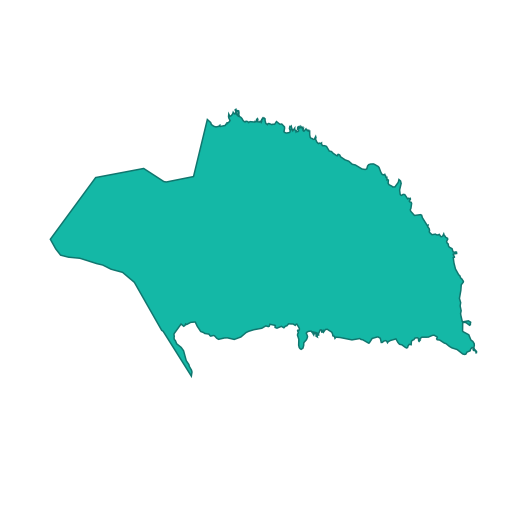 Djando, Moûhîlî, Comoros, rotated 346°
{"feature_id": "10938185B42418571168375", "entity_name": "Djando", "entity_type": "district", "adm_level": 2, "iso_a3": "COM", "parent_name": "Comoros", "parent_adm1": "Moûhîlî", "projection": "equal_earth", "projection_center": [43.833, -12.356], "detail": "fine", "context": "isolated", "style": "filled", "palette": "teal", "viewbox_px": 512, "rotation_deg": 346, "n_neighbors": 0, "source": "geoboundaries", "source_scale": "gbopen_adm2", "svg_char_len": 6165}
<svg xmlns="http://www.w3.org/2000/svg" viewBox="0 0 512 512"><g transform="rotate(346 256 256)"><path d="M164.2,356.9L165.8,353.1L165.8,351.2L164.6,347.1L164.6,345.1L163.0,340.7L162.8,330.4L161.3,326.6L157.8,322.0L157.3,318.6L156.6,317.3L156.6,315.8L157.3,314.0L157.3,312.6L157.8,311.5L166.8,303.9L168.9,306.7L170.4,306.1L171.3,304.9L172.1,305.7L176.6,304.6L180.4,305.2L181.1,305.5L182.0,310.0L184.1,315.9L186.6,317.6L187.4,318.7L191.4,320.4L192.1,322.2L192.7,322.8L195.4,322.8L196.4,323.3L198.0,326.3L199.5,327.8L205.7,327.9L208.5,328.5L214.7,331.7L221.8,330.9L227.8,327.9L230.6,327.3L236.1,327.0L244.2,327.5L248.6,326.2L250.9,327.5L251.9,327.3L253.0,325.6L257.7,327.9L257.9,328.3L257.2,329.6L257.3,330.0L258.9,331.1L263.6,330.4L265.7,332.4L267.5,331.2L269.0,331.2L271.2,329.7L275.6,331.0L277.3,332.8L278.2,332.0L279.1,331.9L280.4,336.0L280.5,337.4L279.6,338.6L278.7,338.1L278.3,338.5L278.5,340.8L277.5,341.8L277.1,342.9L277.4,347.2L275.8,352.9L275.8,355.3L276.3,356.5L277.2,357.5L279.2,356.8L280.6,354.4L281.4,351.7L284.7,349.4L285.9,347.8L286.5,346.7L286.5,345.8L286.1,343.0L287.3,342.1L288.9,341.8L291.3,342.2L292.0,343.8L292.5,343.3L293.0,343.7L292.6,345.6L292.9,346.5L294.0,344.3L294.3,345.3L295.1,344.8L295.3,347.0L294.9,348.3L295.9,349.3L295.9,346.5L296.4,345.3L296.9,345.8L297.3,347.8L297.7,347.8L297.7,346.1L298.2,346.1L300.3,343.4L301.1,343.3L301.6,343.7L301.4,345.8L301.8,345.9L303.0,344.6L303.1,346.2L305.6,344.1L307.4,344.3L311.1,348.3L311.4,350.3L311.3,352.1L312.6,352.9L312.7,355.0L313.9,354.1L317.8,355.4L328.8,360.6L336.7,361.2L337.7,362.4L339.3,363.1L344.2,367.8L344.8,367.8L348.8,364.1L354.0,363.9L354.9,364.1L356.7,365.9L356.6,370.2L357.5,370.4L359.8,369.4L361.3,369.5L362.2,370.2L362.6,372.0L363.6,371.1L366.0,370.5L371.7,370.3L372.8,374.2L373.6,375.9L374.1,376.5L376.0,377.4L378.8,380.8L379.9,381.7L380.9,381.5L381.9,379.9L383.3,378.8L385.1,379.6L386.1,376.5L387.3,375.6L388.9,375.4L390.4,374.1L392.7,374.3L393.3,374.8L393.6,375.5L393.3,377.7L393.6,378.3L395.1,377.2L394.6,376.6L394.7,376.1L397.3,374.9L403.5,376.4L407.9,375.7L409.6,375.9L412.1,378.2L412.2,378.9L411.2,380.1L411.6,381.1L413.9,382.0L417.6,386.0L419.2,387.0L421.7,390.4L423.8,392.5L428.5,395.4L432.9,401.1L434.6,402.0L435.8,402.0L437.5,400.3L440.8,399.8L441.7,398.3L443.5,397.1L444.6,398.1L444.0,399.3L444.2,400.2L445.7,400.9L446.2,402.1L446.1,403.2L446.5,403.2L446.9,402.0L445.3,399.1L445.3,397.4L446.2,395.6L446.5,393.8L445.7,391.3L444.2,389.5L443.4,383.9L438.6,379.5L438.3,378.7L440.4,370.8L441.9,370.7L443.7,371.5L446.5,374.9L447.4,374.5L447.5,373.4L448.1,372.8L448.2,372.1L446.4,370.3L440.9,369.9L440.3,369.3L440.4,363.0L440.6,361.3L441.8,358.8L442.0,353.8L443.3,350.8L443.1,346.4L446.4,339.0L448.2,333.6L450.8,331.5L451.1,330.8L450.1,327.9L449.2,326.7L449.0,324.5L448.1,323.2L446.4,316.8L446.4,310.6L447.0,305.2L448.2,305.2L448.3,304.8L447.7,302.5L447.9,301.8L451.3,302.1L451.5,300.8L451.0,300.4L449.5,300.4L448.2,299.6L448.0,296.3L445.8,294.3L445.2,293.0L445.4,290.8L444.5,289.5L444.5,287.8L446.1,286.1L446.1,285.1L444.5,283.7L444.3,282.5L443.6,281.8L443.5,280.0L442.1,281.7L440.9,282.2L440.0,281.9L439.0,279.3L437.8,279.7L436.1,279.0L435.4,278.2L431.9,277.9L430.1,275.1L430.0,274.3L430.6,273.1L430.6,271.2L429.7,269.3L430.4,267.7L429.5,267.8L426.7,259.1L426.6,256.5L425.7,255.7L419.6,255.0L416.9,250.0L416.9,248.4L417.9,247.1L419.7,242.7L419.6,241.5L418.3,240.7L418.0,239.8L419.6,238.2L419.6,237.5L419.1,237.7L418.2,236.9L417.0,237.3L415.2,232.4L413.7,231.8L411.8,232.4L411.1,231.8L410.8,230.8L411.3,226.7L414.4,220.7L414.4,218.2L413.2,216.4L411.9,218.9L407.5,222.6L405.2,222.0L404.8,221.2L402.3,219.0L401.8,217.4L402.8,214.4L402.0,213.4L401.5,213.6L402.0,211.2L401.1,211.1L401.1,209.2L400.7,209.0L400.7,207.9L399.1,208.1L398.0,207.1L397.4,204.9L396.8,199.9L396.2,198.7L393.3,195.9L392.3,195.1L389.6,194.5L387.5,194.6L386.1,195.6L384.5,198.3L383.0,198.5L380.0,197.3L374.4,191.7L371.6,190.3L368.9,186.4L365.6,184.2L361.9,180.0L361.8,178.5L360.8,177.4L360.0,177.3L359.3,178.4L358.4,178.0L355.7,175.0L354.5,172.9L352.5,171.9L350.9,166.7L349.3,165.6L347.1,165.0L346.7,163.0L346.9,162.2L346.2,162.5L344.9,161.8L343.7,162.0L342.6,160.2L342.0,156.8L342.8,155.8L342.8,154.5L341.5,156.0L341.5,156.9L339.7,156.7L339.2,155.8L337.9,155.1L337.3,153.9L337.4,151.5L338.3,147.7L337.5,147.5L337.5,146.9L336.9,147.3L336.1,146.7L336.0,145.7L335.3,145.4L335.2,144.8L332.7,146.5L332.3,146.2L332.0,145.5L332.9,143.6L332.1,143.7L332.4,142.4L331.5,142.7L330.9,141.2L330.4,142.2L329.7,142.2L329.4,141.4L329.0,142.4L328.7,142.4L328.8,140.8L327.7,141.1L327.2,142.5L327.2,143.4L327.7,144.1L327.6,144.9L326.8,145.4L325.9,145.3L325.6,144.7L325.0,145.1L325.2,143.9L324.7,143.9L324.1,142.4L324.4,141.4L322.0,143.4L321.8,141.9L320.9,142.0L320.9,141.6L321.6,140.9L321.6,138.4L320.8,138.9L320.2,138.5L319.3,140.3L319.5,143.1L318.5,144.3L315.3,144.1L314.1,143.4L313.2,142.2L314.6,139.1L314.9,137.6L312.9,134.2L311.0,133.9L308.4,130.5L305.9,132.7L304.2,132.2L303.2,132.4L300.5,130.5L299.7,130.5L298.8,131.3L297.6,129.7L297.6,126.4L298.0,125.2L297.4,124.2L296.8,124.4L296.3,123.5L295.3,124.2L295.1,124.9L294.5,125.0L294.1,126.7L293.4,127.5L293.1,126.3L292.7,126.2L291.9,126.9L290.2,126.2L290.2,125.3L290.8,124.3L290.7,123.2L289.8,123.9L289.5,125.3L289.3,124.6L288.9,125.7L287.6,125.1L287.3,125.8L282.8,124.2L281.1,124.7L280.5,123.6L278.9,122.8L278.0,123.3L277.2,122.9L276.2,121.4L275.6,119.1L274.7,117.6L273.5,116.6L273.6,115.6L272.6,116.0L272.4,115.2L274.1,113.3L274.3,111.0L273.8,110.7L273.3,112.7L272.2,114.5L271.8,114.6L271.1,113.7L271.5,112.0L272.3,111.1L272.5,110.3L272.0,110.0L272.0,108.8L271.1,109.2L271.4,110.5L271.3,111.6L269.6,112.9L269.0,112.4L268.6,111.1L267.9,112.3L266.1,113.8L264.4,114.2L263.9,111.8L263.1,114.0L263.0,115.4L263.6,118.4L261.6,119.9L260.0,119.8L259.8,120.7L258.7,120.8L257.7,121.9L252.6,121.7L252.3,121.4L252.6,120.4L252.1,120.5L251.7,121.2L248.4,121.1L246.4,119.9L244.5,117.6L244.3,115.5L241.8,111.8L214.6,163.8L186.9,162.5L184.6,161.5L168.2,143.9L119.4,141.1L60.5,190.0L63.4,200.7L66.6,207.9L73.8,211.8L84.4,215.5L99.7,224.9L105.0,227.6L112.2,233.8L122.6,239.6L131.6,252.1L146.5,305.3L147.7,306.6L164.2,356.9Z" fill="#14b8a6" stroke="#0f766e" stroke-width="1.5"/></g></svg>